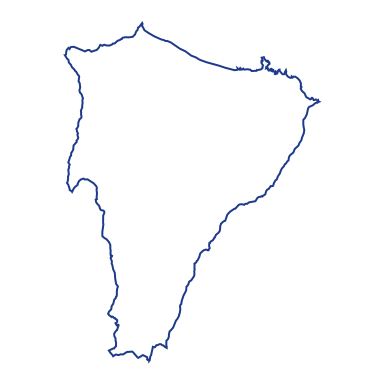 Nossa Senhora Do Rosario, Ribeira Grande, Cabo Verde
{"feature_id": "66160863B91585848329276", "entity_name": "Nossa Senhora Do Rosario", "entity_type": "district", "adm_level": 2, "iso_a3": "CPV", "parent_name": "Cabo Verde", "parent_adm1": "Ribeira Grande", "projection": "equal_earth", "projection_center": [-25.054, 17.15], "detail": "fine", "context": "isolated", "style": "outline", "palette": "blue", "viewbox_px": 384, "rotation_deg": 0, "n_neighbors": 0, "source": "geoboundaries", "source_scale": "gbopen_adm2", "svg_char_len": 5832}
<svg xmlns="http://www.w3.org/2000/svg" viewBox="0 0 384 384"><path d="M64.9,55.2L67.1,58.7L68.4,59.8L68.9,62.6L71.0,64.9L71.8,67.0L74.3,69.5L75.1,70.9L76.2,71.7L77.7,74.5L78.9,75.8L79.2,76.5L78.6,81.4L79.7,83.2L80.2,87.4L79.4,90.6L80.1,92.8L81.4,94.0L83.0,98.5L82.6,99.0L82.4,100.9L82.6,102.9L82.1,106.6L82.3,107.4L81.1,110.1L80.9,111.4L81.2,112.3L81.0,113.9L81.5,116.6L81.3,117.6L81.0,118.2L79.6,119.2L78.3,122.7L78.2,126.3L77.1,128.2L76.4,128.9L77.3,132.2L78.0,133.5L77.5,134.5L77.5,135.4L78.2,137.5L78.2,138.1L77.3,139.8L76.5,140.7L76.7,141.9L73.6,145.4L73.2,149.5L72.6,150.9L71.2,153.0L71.1,155.5L69.9,157.1L69.6,158.7L68.3,162.5L69.7,164.6L68.9,166.9L69.1,167.7L68.3,169.7L68.8,174.2L68.0,176.8L68.1,178.4L67.7,181.4L67.0,183.0L68.2,184.6L69.4,188.0L69.8,190.2L71.7,191.1L72.1,191.8L73.7,188.6L75.0,187.0L77.6,184.9L77.7,183.7L79.0,181.1L81.0,179.4L83.5,178.6L84.5,179.4L87.6,179.4L93.7,183.3L96.2,186.1L96.8,187.3L96.6,190.3L97.0,193.4L96.6,197.8L96.9,199.1L95.7,199.6L96.1,202.0L96.8,203.3L99.2,205.9L100.0,208.6L100.6,209.6L101.1,210.1L103.0,210.5L104.1,211.2L104.3,212.0L104.2,213.3L103.2,215.4L103.1,222.9L103.4,224.2L102.3,232.2L102.4,236.3L104.7,238.2L106.5,239.2L109.0,242.1L110.3,244.9L110.3,248.6L110.7,250.8L110.5,252.2L110.7,255.4L111.1,255.8L111.7,255.6L112.1,255.9L111.9,256.5L110.8,257.3L110.6,257.9L111.9,261.4L111.7,263.6L112.3,265.0L113.2,269.4L114.8,272.8L115.2,278.3L116.1,283.9L117.9,286.4L117.1,289.2L116.8,292.3L116.9,294.1L116.7,296.1L116.0,296.7L115.7,298.2L114.3,299.6L113.2,303.9L111.7,306.0L111.2,309.3L109.1,311.5L108.1,313.7L109.1,315.2L111.6,317.0L112.1,316.6L113.1,316.9L113.6,317.7L115.1,318.2L115.6,319.2L116.4,319.3L117.2,320.2L117.2,321.7L116.6,322.6L115.5,323.2L116.7,325.3L118.1,324.7L118.6,325.2L117.0,330.1L116.3,330.5L114.4,333.2L114.1,334.1L114.4,336.2L115.5,338.3L115.5,340.1L116.1,343.0L115.9,346.4L114.7,347.4L114.2,348.4L112.9,348.6L108.9,350.5L110.4,352.8L112.7,355.3L113.1,356.2L115.8,354.5L118.7,355.1L120.6,354.3L123.2,354.4L126.9,352.0L132.2,351.6L133.4,352.6L137.7,357.6L138.5,357.8L142.8,355.1L147.0,357.1L147.3,357.9L147.1,359.4L147.6,359.9L148.6,359.6L149.0,360.1L149.1,361.0L149.7,360.2L150.3,356.4L151.1,355.1L152.9,346.8L154.1,347.3L154.9,347.2L156.4,345.2L157.0,345.3L159.5,344.2L161.0,344.2L162.3,345.3L163.5,345.5L164.9,346.9L166.7,347.9L166.7,347.0L166.3,344.9L166.4,340.7L168.1,338.9L168.8,336.9L169.0,334.1L169.6,331.4L171.3,329.8L173.2,327.5L175.9,320.7L177.5,318.7L179.2,315.4L179.1,314.7L179.8,312.9L180.1,311.1L180.3,308.9L180.0,306.1L180.6,304.5L181.3,304.0L181.7,301.0L183.5,295.6L186.1,290.6L186.5,286.6L188.2,284.8L189.0,282.1L189.7,281.2L191.2,280.4L194.2,275.9L194.4,274.1L194.3,270.8L194.7,269.1L194.4,268.4L194.6,265.2L194.4,263.7L196.1,262.5L196.8,260.9L197.5,260.5L199.2,257.2L200.2,253.5L202.6,251.1L204.1,250.1L205.8,249.6L207.4,249.9L208.0,250.4L208.6,250.2L208.9,249.3L209.7,248.1L209.1,246.1L209.3,243.1L210.1,242.9L210.6,241.6L212.7,240.4L213.3,239.4L214.2,238.4L214.3,237.6L214.9,237.3L215.9,234.9L218.3,232.9L219.6,231.3L220.1,229.0L220.2,226.4L221.0,223.7L223.5,221.4L225.2,220.8L227.3,214.8L228.3,213.5L230.4,211.4L234.5,208.7L235.3,208.7L238.4,205.2L239.8,204.4L241.8,204.2L244.2,204.8L245.3,203.8L247.2,203.8L248.9,202.4L255.4,201.2L257.5,197.8L258.8,197.0L260.6,196.8L261.4,196.3L262.3,196.5L262.5,195.8L263.3,195.7L265.3,194.3L266.1,191.3L267.1,189.7L268.6,189.0L270.8,186.0L271.6,186.2L273.0,185.9L273.5,184.7L273.8,183.3L275.5,180.3L276.8,179.4L277.8,176.5L280.0,173.2L280.2,172.1L281.8,168.6L283.9,166.2L284.8,164.3L285.9,163.6L287.2,161.5L288.5,160.4L288.9,157.4L289.6,155.9L290.6,154.7L293.3,152.6L294.8,148.9L298.4,145.6L299.5,142.9L301.3,140.3L302.1,137.4L303.8,133.3L304.3,129.9L303.7,127.4L303.3,124.2L303.3,120.0L303.8,119.1L304.8,118.4L306.8,114.4L308.1,108.4L309.0,107.0L312.8,105.3L315.2,103.2L319.1,101.7L318.7,101.5L318.2,102.0L318.1,100.7L317.7,101.2L317.1,100.2L316.3,99.6L315.5,99.5L314.5,100.0L313.6,100.0L312.7,98.2L312.3,97.9L311.7,97.9L310.9,99.1L310.4,99.4L306.6,97.3L306.1,96.8L304.6,93.4L301.9,90.9L300.7,88.8L301.5,87.1L300.8,86.7L300.9,83.3L299.6,80.4L297.3,78.0L295.1,76.6L293.5,76.7L292.8,77.5L291.7,76.5L291.6,77.6L290.5,77.9L288.3,76.9L287.1,75.7L285.9,73.8L285.8,72.9L286.3,71.9L285.9,70.3L284.8,72.4L284.7,73.7L284.1,74.2L283.0,74.3L282.2,73.9L279.6,70.9L279.6,69.6L279.1,69.6L277.6,71.1L278.0,72.1L277.7,71.7L277.1,71.9L277.6,72.7L277.3,73.5L275.1,74.2L274.8,74.0L275.0,73.0L275.6,72.8L275.6,72.1L275.3,71.4L274.5,72.0L273.9,71.6L273.3,70.5L273.2,69.1L272.2,71.3L271.1,70.7L271.8,69.2L271.6,68.8L270.6,69.0L269.3,70.5L268.6,70.5L267.7,69.1L268.0,68.4L267.7,68.0L267.1,67.8L266.0,68.3L266.3,66.9L267.2,67.1L267.6,65.5L269.6,63.8L269.3,62.4L267.8,60.7L267.2,60.9L267.3,61.7L266.1,61.0L265.6,60.1L264.6,59.2L263.9,57.2L261.7,57.7L262.7,60.9L262.4,61.3L261.5,61.1L261.4,62.2L261.5,63.1L263.0,65.3L262.4,67.1L262.6,67.5L262.3,68.4L260.4,69.6L258.5,69.8L256.7,70.6L256.6,70.4L256.3,70.8L251.6,71.0L250.1,69.6L249.0,69.6L247.8,69.2L244.2,69.6L243.2,68.6L242.0,69.6L241.0,69.6L240.6,68.4L240.3,68.1L239.7,69.5L239.3,69.3L239.3,68.2L238.8,69.3L237.7,68.4L237.9,69.0L237.1,69.9L234.6,70.2L225.4,67.8L219.1,65.7L206.7,62.3L200.3,60.0L198.3,59.0L196.5,57.7L191.2,55.6L185.4,51.3L179.9,48.7L170.9,42.5L167.1,40.9L165.5,41.0L163.9,40.1L161.1,39.4L154.0,36.2L148.4,32.9L144.4,30.2L143.2,27.7L142.3,26.4L142.2,25.6L142.5,23.6L142.2,23.0L139.2,27.0L138.1,27.5L137.5,30.1L136.3,31.2L134.9,34.7L133.8,35.5L132.8,36.8L128.5,37.4L126.0,37.2L123.0,37.6L122.2,38.1L121.8,39.1L120.5,39.3L119.8,40.1L117.7,40.7L114.6,43.5L113.0,43.5L111.9,44.6L109.2,45.6L105.9,45.4L104.7,44.8L103.6,44.9L102.5,45.8L100.3,44.9L98.9,47.6L96.8,49.9L91.4,51.7L89.3,50.0L87.5,50.1L85.0,51.4L73.9,46.8L71.1,47.0L70.4,47.4L69.6,49.0L68.5,47.9L66.8,49.8L66.3,51.5L66.0,54.2L65.6,55.1L64.9,55.2Z" fill="none" stroke="#1e3a8a" stroke-width="2"/></svg>